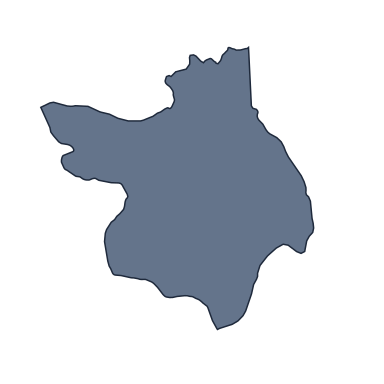 outline of Môndól Kiri, rotated 337°
{"feature_id": "KHM-1794", "entity_name": "Môndól Kiri", "entity_type": "Province", "adm_level": 1, "iso_a3": "KHM", "parent_name": "Cambodia", "parent_adm1": "", "projection": "robinson", "projection_center": [106.924, 12.744], "detail": "fine", "context": "isolated", "style": "filled", "palette": "slate", "viewbox_px": 384, "rotation_deg": 337, "n_neighbors": 0, "source": "natural_earth", "source_scale": "10m", "svg_char_len": 3351}
<svg xmlns="http://www.w3.org/2000/svg" viewBox="0 0 384 384"><g transform="rotate(337 192 192)"><path d="M294.4,197.4L298.9,219.7L299.2,226.3L298.6,232.4L297.6,235.0L296.5,237.1L296.2,239.3L297.4,242.0L297.4,246.7L292.2,263.2L291.3,268.1L289.9,272.7L287.3,276.4L282.7,278.5L278.5,281.8L272.5,290.8L268.4,291.1L265.0,287.7L259.7,278.5L255.5,275.7L247.8,276.5L239.2,279.4L236.4,280.4L225.9,286.2L220.6,292.4L219.4,295.3L217.3,297.5L212.6,301.2L207.0,309.0L194.9,322.5L190.6,325.8L184.0,328.6L177.5,329.5L163.9,328.3L161.8,328.5L161.7,328.5L161.5,327.3L160.6,318.4L161.4,304.9L161.3,303.1L158.8,298.7L157.9,296.6L156.6,294.2L155.2,292.6L154.0,291.5L152.2,289.2L151.6,288.6L150.9,288.1L149.2,287.2L147.2,285.7L144.8,284.6L137.4,282.3L133.0,281.5L130.2,280.4L127.4,278.6L126.6,277.8L126.1,277.0L125.3,275.1L123.0,266.2L121.1,261.3L120.3,259.9L119.6,258.9L115.3,254.5L114.8,254.2L114.2,253.9L111.7,252.9L110.6,252.4L109.8,251.9L108.4,250.7L104.8,248.3L102.5,247.2L94.1,241.2L89.0,238.5L88.1,237.8L87.5,236.8L87.3,236.1L87.2,235.3L87.2,230.9L86.8,227.8L87.5,222.7L92.1,203.5L96.1,196.1L98.7,193.2L105.8,188.3L110.0,187.2L113.3,185.0L117.1,183.8L122.2,181.3L123.1,180.3L124.3,178.8L126.5,175.1L127.7,173.6L128.7,172.7L129.8,172.3L130.3,171.9L130.8,171.5L131.2,171.0L131.5,168.6L130.7,161.0L130.5,158.6L130.1,157.2L129.7,156.5L129.1,155.8L127.8,154.9L121.3,151.9L110.8,144.8L108.6,141.9L108.0,141.5L107.4,141.2L106.0,140.9L105.3,140.8L102.3,140.8L101.6,140.6L101.1,140.4L99.2,139.5L97.7,138.4L96.5,137.1L95.2,134.9L94.8,134.3L94.2,133.9L92.0,132.6L91.5,132.3L91.1,131.9L90.6,131.2L85.2,122.8L84.3,121.9L83.9,121.1L83.6,119.8L83.5,114.4L83.5,113.6L83.9,112.5L84.5,111.3L85.9,109.4L86.9,108.5L87.7,108.1L97.9,108.3L98.6,108.2L99.1,107.9L99.5,107.3L99.7,106.6L99.7,105.5L99.5,104.6L99.3,103.9L99.0,103.2L98.7,102.6L97.8,101.2L96.1,99.7L90.7,96.3L88.9,93.7L86.5,86.1L85.5,81.8L85.6,81.0L86.4,77.2L85.9,55.0L96.0,54.5L99.6,55.3L110.6,64.0L113.8,65.7L115.9,66.5L118.3,67.0L129.7,72.5L138.4,82.1L139.6,83.1L146.4,88.1L152.6,95.2L161.1,101.7L172.5,106.5L175.4,106.9L182.8,107.0L185.6,107.1L191.0,105.9L193.0,106.0L193.7,106.1L194.9,106.0L199.4,105.0L202.1,104.9L202.7,105.1L203.1,105.5L203.5,106.0L204.0,106.4L204.6,106.6L205.6,106.3L206.8,105.6L210.6,102.1L211.4,101.2L211.7,100.6L212.0,100.0L212.5,96.1L212.7,95.2L213.3,94.1L213.6,93.4L213.7,92.7L213.8,91.9L213.8,91.1L213.6,90.0L213.6,89.8L212.9,86.8L212.6,86.2L212.0,85.0L211.3,83.9L210.8,82.8L210.4,81.5L210.4,80.7L210.5,79.9L210.7,79.3L211.1,78.7L213.4,76.0L213.7,75.8L214.3,75.8L216.4,75.9L217.9,77.5L224.0,75.0L234.7,76.6L239.8,73.4L241.2,70.4L242.2,67.3L243.7,65.5L247.0,66.4L248.8,68.5L251.2,75.0L253.1,77.5L254.9,76.5L256.8,76.1L260.9,76.2L261.9,77.0L263.6,80.8L264.5,81.7L264.4,82.8L266.0,84.1L269.5,82.3L270.3,81.6L271.4,80.4L272.4,79.1L273.2,78.3L273.6,78.0L274.2,77.7L276.3,77.0L277.5,76.4L279.6,75.6L280.3,75.2L280.8,74.7L281.3,73.7L281.8,73.4L282.4,73.4L283.3,74.0L285.1,75.9L286.5,76.8L287.2,77.5L287.9,78.4L288.4,78.8L289.0,79.0L290.8,79.7L291.5,80.0L292.5,80.3L297.4,81.0L298.9,81.5L300.5,81.0L298.2,87.3L280.3,135.9L280.8,138.8L283.5,141.0L284.0,142.5L284.0,143.8L283.6,144.9L282.7,145.7L281.6,147.7L281.3,149.9L281.7,152.1L283.7,157.2L284.4,163.4L285.1,166.4L286.3,168.8L291.3,175.1L293.7,180.7L294.2,186.0L294.0,191.4L294.4,197.4Z" fill="#64748b" stroke="#1e293b" stroke-width="1.5"/></g></svg>